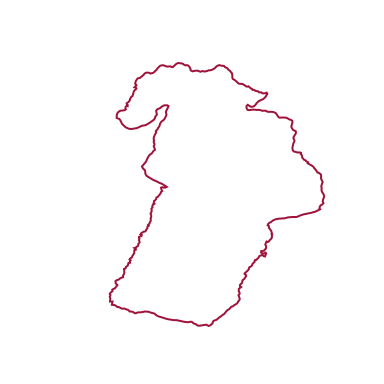 the district of São Francisco, Minas Gerais, Brazil, rotated 243°
{"feature_id": "56859067B81590421607020", "entity_name": "São Francisco", "entity_type": "district", "adm_level": 2, "iso_a3": "BRA", "parent_name": "Brazil", "parent_adm1": "Minas Gerais", "projection": "equal_earth", "projection_center": [-44.83, -15.858], "detail": "fine", "context": "isolated", "style": "outline", "palette": "rose", "viewbox_px": 384, "rotation_deg": 243, "n_neighbors": 0, "source": "geoboundaries", "source_scale": "gbopen_adm2", "svg_char_len": 6062}
<svg xmlns="http://www.w3.org/2000/svg" viewBox="0 0 384 384"><g transform="rotate(243 192 192)"><path d="M313.3,238.1L313.2,235.9L312.0,231.6L312.7,230.5L313.8,229.7L315.1,226.7L318.0,223.9L318.6,222.6L318.9,220.7L318.0,217.7L316.8,215.5L316.6,214.1L316.1,213.1L315.8,211.6L316.4,208.7L317.6,208.0L319.0,205.8L319.1,203.6L318.3,201.9L317.3,197.5L317.9,195.1L316.5,192.5L315.4,191.4L314.2,190.5L313.2,190.9L312.2,190.9L312.0,189.7L311.4,188.3L310.6,189.4L309.5,189.5L308.9,188.5L308.7,187.0L307.8,185.5L306.7,184.7L304.4,182.4L304.4,181.2L302.8,178.8L301.9,178.2L301.0,176.2L300.7,174.0L299.5,173.7L298.6,174.2L297.7,173.6L298.4,172.8L298.1,171.7L297.0,170.7L295.7,170.6L295.5,169.0L297.0,164.7L296.7,162.7L296.1,161.3L294.9,160.0L292.2,158.5L290.0,160.4L288.4,160.7L284.5,160.6L279.7,162.3L277.2,164.3L275.8,166.2L274.1,171.4L273.8,173.7L273.8,177.2L272.8,180.3L272.6,181.9L272.9,185.7L273.6,190.5L274.4,192.3L275.7,193.4L277.0,195.9L280.6,196.9L281.3,198.0L281.4,199.6L281.2,201.5L281.8,204.0L281.9,205.3L281.8,206.5L281.2,208.0L280.3,209.5L279.2,210.1L278.4,209.2L275.7,205.5L274.8,204.9L272.7,204.5L271.6,203.4L269.5,200.6L269.0,199.3L268.8,197.7L268.3,196.1L267.6,194.9L265.4,192.7L264.3,190.6L263.6,189.9L262.7,187.4L261.3,187.1L259.7,184.7L258.1,182.8L256.0,181.6L254.9,181.6L254.1,180.6L252.9,180.4L251.7,180.4L250.9,179.7L250.1,178.6L247.5,178.5L246.4,178.1L246.1,176.3L244.6,173.6L244.5,172.0L243.9,170.0L241.7,166.9L239.9,164.8L237.5,159.0L235.0,159.1L232.9,159.9L231.7,159.7L229.6,158.8L228.4,158.7L226.8,159.0L220.5,162.8L217.3,165.5L215.3,166.8L212.9,169.0L208.0,171.8L208.0,170.4L208.7,168.9L209.8,167.7L209.9,166.4L207.6,165.8L206.4,165.9L206.0,164.3L204.9,163.2L203.2,159.3L203.2,157.8L202.0,156.8L201.3,155.3L201.2,154.0L200.2,153.5L199.3,152.5L198.5,153.0L198.3,151.4L197.5,150.2L196.3,149.9L195.6,148.3L193.4,147.5L192.7,146.8L191.4,145.1L190.3,145.2L189.1,144.8L187.9,144.0L187.3,143.2L184.9,142.1L184.3,140.8L183.2,139.9L182.6,137.9L181.5,138.1L181.5,136.7L179.9,135.7L179.4,134.4L178.4,133.3L178.1,132.0L178.6,131.0L178.3,128.0L177.6,126.8L176.7,127.7L175.8,127.2L175.8,125.7L176.0,124.4L175.1,123.8L174.1,123.9L173.2,122.8L171.8,122.8L170.8,122.3L170.1,120.6L169.0,120.0L168.3,119.0L168.4,117.5L167.6,116.7L168.2,115.2L166.1,115.7L166.2,114.0L163.9,113.0L162.1,109.9L161.0,108.6L160.9,106.9L160.2,105.7L159.0,106.3L158.4,105.1L157.1,104.7L157.6,103.1L155.7,101.5L155.1,98.9L154.1,98.1L154.3,96.5L151.0,95.2L149.7,94.0L148.7,92.4L147.4,91.9L147.8,88.9L147.3,87.8L147.3,86.7L147.6,85.1L147.4,83.4L145.2,82.5L143.0,83.3L141.1,79.4L141.3,78.1L141.2,76.6L139.8,76.2L139.1,73.3L138.5,72.4L137.2,72.6L136.1,71.2L134.3,70.9L131.6,69.2L130.5,71.5L127.9,69.4L126.3,71.8L124.6,72.8L123.3,73.3L122.8,74.5L119.8,76.6L118.8,79.0L117.1,80.2L116.3,81.3L115.1,81.9L113.9,82.1L113.3,83.3L111.9,85.0L110.0,85.9L109.5,86.9L109.4,88.4L109.0,89.9L108.3,91.1L107.4,93.7L107.1,95.4L105.1,98.8L102.9,100.9L100.8,103.3L98.3,104.3L96.6,105.5L90.0,112.3L86.2,117.4L84.8,120.1L79.6,126.5L77.8,129.2L77.2,131.5L76.5,132.8L73.8,134.0L72.9,135.1L70.4,136.5L69.5,137.8L67.3,144.5L65.1,146.0L64.9,147.3L65.2,149.2L65.7,150.7L66.7,151.6L67.4,152.7L67.0,155.9L67.9,159.4L68.0,161.2L68.4,162.5L68.7,165.3L70.1,168.3L70.7,170.2L70.7,172.1L71.9,174.7L71.6,176.5L72.0,178.2L72.1,180.9L72.5,182.2L73.4,183.2L73.9,184.6L74.7,185.8L76.0,186.2L79.0,186.6L79.3,187.8L80.4,188.6L82.7,188.7L84.5,189.9L85.0,192.6L86.0,191.9L87.4,192.5L88.4,195.5L90.4,196.9L90.8,199.0L92.5,202.1L93.9,202.4L94.7,201.6L95.6,201.9L96.8,206.4L97.4,207.6L98.3,208.0L98.9,209.0L98.9,211.0L99.3,212.1L100.3,213.0L101.0,214.7L101.3,216.1L102.2,216.5L102.8,217.4L102.3,218.3L103.2,221.2L104.4,223.1L104.0,226.1L102.4,226.7L101.4,227.9L103.7,230.2L104.6,230.0L104.5,228.6L105.0,227.4L106.0,226.4L106.9,226.1L107.9,226.9L107.0,229.4L108.1,232.2L109.3,233.1L110.5,233.5L111.8,233.4L113.5,235.1L114.0,236.1L113.1,236.7L113.0,237.9L113.8,239.3L114.2,240.8L114.9,242.2L115.9,243.0L117.1,243.4L117.8,244.3L118.7,243.9L119.4,244.6L121.5,244.9L125.3,244.3L126.1,244.8L127.1,245.0L128.0,244.3L129.1,245.6L129.4,246.9L129.4,248.7L129.9,251.5L129.7,254.2L128.8,257.3L126.6,262.4L125.8,266.0L125.1,267.7L123.9,270.7L122.4,273.5L122.0,275.8L122.0,277.7L121.3,281.8L119.5,288.0L118.5,293.0L118.4,298.3L119.4,298.0L121.1,299.4L121.7,300.7L121.8,302.4L122.3,304.0L124.0,304.1L125.4,305.0L127.6,307.4L128.5,307.9L130.3,308.2L133.6,307.9L135.6,308.6L136.9,309.5L138.3,309.7L140.4,311.6L141.4,312.9L145.7,313.1L146.4,313.7L148.3,314.6L149.4,314.8L150.5,314.1L151.5,313.8L152.3,312.7L156.3,312.2L157.5,311.7L159.1,311.7L160.3,311.2L165.1,308.1L165.8,308.9L167.7,307.6L168.6,307.6L169.6,306.6L172.6,305.8L173.9,306.4L175.4,306.5L176.5,306.1L177.4,306.9L178.5,305.8L179.1,304.3L179.9,303.2L180.9,302.4L181.5,301.4L182.7,300.8L183.9,300.8L186.1,301.7L189.4,304.5L190.4,305.9L191.3,306.7L194.2,306.9L195.1,307.9L196.7,310.6L197.9,311.7L199.3,312.0L201.2,310.3L203.6,310.0L205.1,310.1L208.3,313.0L210.0,313.7L211.5,312.8L212.4,311.7L214.3,310.6L215.5,309.6L216.7,307.6L218.6,303.6L219.4,303.1L224.3,302.5L226.4,300.7L227.4,299.2L228.6,296.7L229.6,295.4L231.0,294.6L232.3,291.8L234.3,289.6L235.2,288.2L235.6,287.1L237.6,284.1L239.0,280.0L240.0,278.8L241.2,278.6L243.1,279.1L243.9,279.7L244.4,281.2L241.3,283.1L240.5,284.7L240.3,286.5L240.8,288.0L241.9,290.1L242.7,292.7L242.5,297.9L243.2,300.3L245.2,303.7L246.6,303.6L246.8,301.9L247.4,300.5L248.0,299.5L249.2,299.1L250.5,296.9L251.5,296.7L253.3,294.5L254.8,293.7L255.5,292.3L256.5,292.3L257.5,291.5L260.5,290.3L261.0,288.6L265.3,286.1L266.9,283.4L267.6,282.7L272.0,281.1L274.2,279.7L275.5,279.8L277.0,280.6L279.5,281.5L281.9,281.0L282.9,280.8L284.0,280.1L286.3,279.6L288.4,278.0L289.9,277.7L291.2,275.5L292.6,274.0L292.9,272.7L292.8,270.8L292.1,269.0L291.7,266.0L292.2,263.3L292.9,262.0L292.9,260.5L293.7,257.7L294.6,256.8L295.1,255.9L295.2,254.4L296.0,253.4L297.3,252.5L298.6,249.9L299.3,247.2L300.2,246.5L301.3,246.1L302.4,246.5L304.9,246.5L306.3,246.0L307.3,245.2L307.8,243.7L308.9,242.7L309.9,242.4L311.0,241.5L313.3,238.1Z" fill="none" stroke="#9f1239" stroke-width="2"/></g></svg>